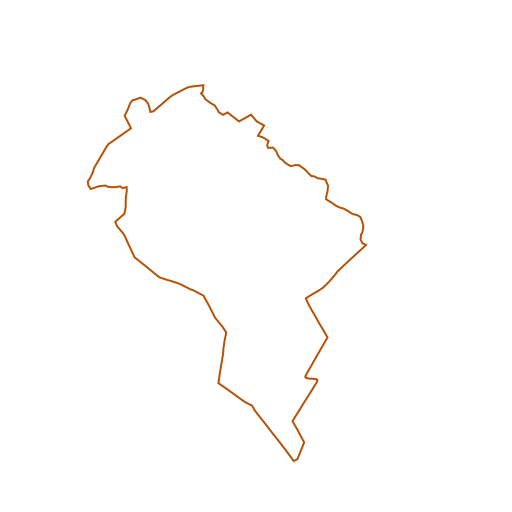 Kipkelion West, Rift Valley, Kenya (Albers equal-area conic projection), rotated 240°
{"feature_id": "3690345B22667939022422", "entity_name": "Kipkelion West", "entity_type": "district", "adm_level": 2, "iso_a3": "KEN", "parent_name": "Kenya", "parent_adm1": "Rift Valley", "projection": "albers", "projection_center": [35.383, -0.158], "detail": "fine", "context": "isolated", "style": "outline", "palette": "amber", "viewbox_px": 512, "rotation_deg": 240, "n_neighbors": 0, "source": "geoboundaries", "source_scale": "gbopen_adm2", "svg_char_len": 3470}
<svg xmlns="http://www.w3.org/2000/svg" viewBox="0 0 512 512"><g transform="rotate(240 256 256)"><path d="M315.5,150.2L309.5,152.6L303.7,154.8L300.1,156.2L294.9,158.2L289.0,160.4L285.6,161.9L282.1,165.0L279.2,167.6L278.1,168.7L276.9,169.8L271.1,175.1L268.0,177.3L265.5,178.9L260.0,182.6L256.5,185.4L255.3,186.0L251.7,188.3L247.9,190.7L241.2,190.5L236.9,190.5L223.2,189.7L211.5,191.6L204.6,192.0L198.6,186.6L191.9,181.3L190.6,180.5L189.3,179.7L186.4,177.5L180.0,172.2L175.5,168.5L170.2,164.2L164.7,159.9L153.3,165.2L150.6,166.3L149.5,166.9L147.4,167.8L146.1,168.4L144.2,169.2L143.3,169.6L142.0,170.2L139.2,171.5L134.7,173.6L128.4,177.8L122.9,177.7L119.3,178.2L117.7,178.4L116.1,178.7L111.9,179.2L110.4,179.5L108.8,179.7L104.2,180.4L100.8,180.8L99.4,181.0L98.0,181.2L93.9,181.7L89.6,182.4L79.3,183.8L71.0,184.9L65.0,185.6L59.6,186.1L59.6,187.1L59.5,188.1L59.3,190.2L62.2,194.0L64.9,197.4L67.7,201.0L70.5,204.5L75.3,204.6L84.3,205.0L94.7,205.0L97.8,210.7L99.6,214.2L102.9,220.3L104.8,223.8L105.5,225.1L106.9,227.9L109.2,232.2L112.0,237.6L113.9,241.0L115.5,244.1L116.6,246.0L117.9,247.2L119.2,246.7L119.9,245.6L120.7,244.6L121.4,243.8L122.1,242.7L122.7,241.3L123.8,240.2L124.7,239.1L125.8,238.1L126.9,238.4L128.0,239.8L129.5,242.4L130.8,244.5L132.0,246.7L134.3,250.7L135.3,252.3L137.4,256.0L139.7,259.9L142.9,265.3L145.0,269.0L147.3,273.0L149.7,277.2L160.2,277.2L165.9,277.1L174.2,277.2L179.7,277.2L185.4,277.2L186.6,277.3L189.6,277.5L194.5,278.0L194.6,281.8L194.7,287.1L194.7,292.9L194.9,296.9L195.1,298.4L196.1,302.5L196.5,304.0L197.0,305.7L198.7,310.9L200.4,315.5L201.3,317.7L201.9,319.1L202.8,323.1L203.6,326.0L203.9,327.3L204.1,328.6L205.2,333.0L205.8,335.5L206.1,337.0L207.4,342.9L207.7,344.4L208.1,346.0L208.9,349.7L210.0,354.4L210.6,356.8L214.1,354.5L218.0,354.8L222.1,357.7L222.7,359.3L225.0,361.5L228.2,363.9L232.9,365.2L237.3,365.9L240.5,364.3L244.3,360.5L249.1,358.1L252.7,356.0L256.8,352.2L260.5,349.9L264.1,348.3L265.2,347.7L269.1,345.6L270.4,345.1L272.7,346.8L274.4,348.5L275.9,350.0L277.6,351.2L278.6,351.9L280.7,353.6L284.6,353.9L287.1,354.4L289.2,352.5L292.5,348.3L296.1,346.1L297.1,344.2L300.7,342.9L304.7,342.2L307.9,341.0L309.2,340.4L311.8,339.2L312.9,338.9L315.1,335.5L316.3,331.1L318.7,329.6L319.6,329.2L321.4,328.4L322.7,327.7L324.1,327.3L325.6,327.2L327.9,325.8L332.3,325.3L336.6,325.9L341.3,325.0L343.6,320.5L346.1,321.0L347.2,321.8L349.2,324.4L353.3,322.4L356.0,320.7L359.1,317.8L365.0,328.3L372.0,324.0L380.9,322.3L381.0,308.6L394.6,303.1L394.7,298.1L399.3,295.6L401.0,295.8L402.8,295.8L407.1,295.5L410.5,293.5L412.1,292.7L413.4,292.2L416.9,290.6L421.1,290.5L424.3,289.7L425.1,292.1L427.0,293.8L429.4,295.0L430.2,295.8L432.3,291.0L433.7,287.7L434.4,286.2L435.0,284.7L435.9,282.2L436.2,281.0L436.2,279.7L436.5,275.8L436.6,271.3L437.0,264.9L436.7,261.2L435.6,255.1L434.4,249.3L433.6,244.9L432.6,239.7L433.6,236.5L438.4,238.0L442.2,238.8L446.6,238.0L449.0,236.3L450.8,235.3L451.9,229.4L452.2,228.2L452.7,227.0L451.2,223.4L447.0,218.2L443.2,212.4L429.1,211.6L426.6,183.7L424.9,180.4L413.3,160.0L411.0,157.5L409.8,156.2L408.8,154.8L406.3,150.9L404.5,147.5L401.0,146.1L396.7,146.4L395.8,150.5L395.2,154.1L393.7,157.8L392.1,161.0L390.8,161.7L389.2,163.3L387.9,165.2L387.2,166.4L386.1,168.3L385.6,169.3L384.3,173.1L381.4,174.5L380.4,178.4L376.9,176.6L372.8,173.3L369.0,170.8L363.2,167.4L358.3,163.0L357.1,156.7L356.0,151.2L351.5,150.6L346.9,151.4L341.7,152.3L337.9,152.3L334.2,151.8L315.5,150.2Z" fill="none" stroke="#b45309" stroke-width="2"/></g></svg>